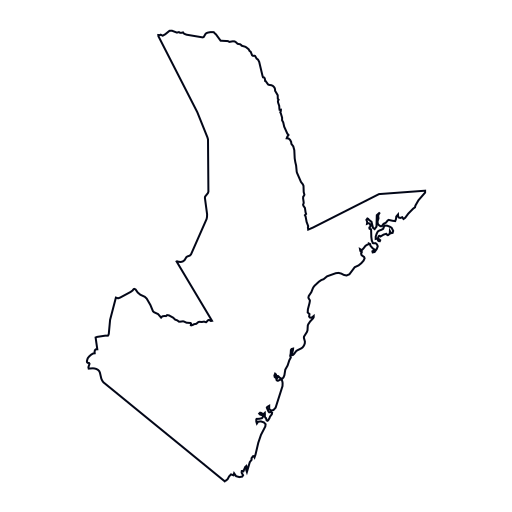 an SVG outline of Coast
{"feature_id": "KEN-1193", "entity_name": "Coast", "entity_type": "Province", "adm_level": 1, "iso_a3": "KEN", "parent_name": "Kenya", "parent_adm1": "", "projection": "robinson", "projection_center": [39.627, -2.351], "detail": "fine", "context": "isolated", "style": "outline", "palette": "ink", "viewbox_px": 512, "rotation_deg": 0, "n_neighbors": 0, "source": "natural_earth", "source_scale": "10m", "svg_char_len": 6037}
<svg xmlns="http://www.w3.org/2000/svg" viewBox="0 0 512 512"><path d="M425.1,190.7L425.1,192.6L418.5,200.2L415.4,205.6L415.0,207.3L413.2,208.6L408.3,213.6L405.2,217.8L403.5,219.0L402.2,217.2L400.6,217.9L399.1,217.7L398.1,216.6L398.0,214.5L396.3,216.5L396.0,218.9L395.2,221.1L392.7,220.8L388.6,219.9L387.6,220.6L385.9,222.7L383.6,223.8L381.8,226.2L380.4,226.2L378.5,224.8L377.9,223.9L377.6,222.5L377.6,221.1L378.5,218.4L378.2,215.9L378.5,214.7L379.8,212.5L376.8,215.2L376.5,226.6L374.6,229.1L373.0,227.8L371.5,221.8L369.0,219.9L368.2,218.9L367.4,218.5L366.4,219.9L367.0,221.3L367.2,222.6L367.0,223.8L368.4,223.2L369.5,223.5L370.2,224.6L370.5,226.2L370.3,226.8L369.5,227.3L369.3,227.9L369.6,228.8L370.9,229.2L371.1,229.8L371.3,236.9L371.8,240.6L372.9,243.1L373.6,243.3L375.6,243.2L376.7,244.1L377.5,245.5L377.7,246.5L376.7,249.1L374.6,252.0L372.7,252.4L372.4,251.3L375.2,249.7L373.7,249.1L372.6,248.2L370.5,245.8L370.2,245.0L370.2,244.1L369.3,243.7L369.4,244.0L367.6,244.5L365.5,245.8L363.5,248.4L361.8,250.2L360.0,249.1L360.3,250.8L360.7,251.5L361.8,252.1L361.1,253.7L361.6,255.2L364.1,257.0L364.6,258.3L363.6,260.6L361.3,263.2L358.6,265.4L354.7,267.2L349.4,274.3L346.5,275.5L343.8,274.9L341.3,273.6L338.6,272.9L335.8,273.2L327.1,276.3L323.6,279.2L321.4,280.0L318.9,281.7L314.7,285.6L313.7,286.8L312.9,288.2L311.3,292.2L308.8,295.9L308.4,297.5L308.6,298.3L309.8,300.2L309.9,300.8L309.5,303.1L307.9,309.3L307.7,312.5L309.5,314.1L309.1,316.6L310.1,317.7L311.9,317.5L313.7,316.0L313.7,317.1L313.1,318.3L310.1,321.5L308.3,324.2L307.8,325.4L307.5,330.3L306.9,332.0L304.0,336.6L303.9,337.9L304.9,341.5L304.8,343.3L304.3,344.8L303.6,346.1L302.6,347.4L301.4,348.3L297.2,350.4L296.1,351.2L294.0,354.0L292.9,355.0L291.4,355.3L292.0,353.6L293.0,349.9L293.1,348.6L291.6,349.0L290.9,350.0L290.7,353.5L290.2,355.9L290.8,357.5L289.3,360.3L287.6,365.5L285.3,369.6L284.4,375.2L283.5,377.4L282.4,378.6L281.6,378.7L279.8,377.8L278.2,376.1L275.6,375.8L276.0,374.5L275.1,373.7L274.4,375.5L274.7,377.0L275.7,377.8L277.4,377.8L276.4,379.2L276.7,380.3L277.9,380.8L280.9,379.4L281.9,380.2L282.4,381.7L282.6,383.1L282.5,386.1L275.6,407.7L273.4,410.1L270.9,410.5L269.2,409.0L269.2,405.8L267.3,406.9L266.8,407.7L268.4,411.4L269.2,412.3L271.1,412.1L272.1,412.7L271.8,414.3L270.0,416.6L269.5,418.1L268.1,420.4L267.4,420.8L266.6,420.3L266.0,418.1L265.3,417.6L264.8,416.4L264.9,414.2L264.8,412.9L263.3,414.3L261.1,412.9L260.1,412.7L259.2,413.6L260.0,414.5L263.3,415.6L262.7,417.3L261.9,418.2L259.2,418.8L256.6,418.9L256.3,419.5L256.3,421.6L256.9,423.5L258.1,421.7L260.9,421.4L263.9,422.4L265.6,424.2L265.3,426.5L261.0,434.8L258.3,442.7L255.5,454.6L254.5,457.4L253.8,456.1L253.0,456.2L251.6,458.1L251.5,458.6L251.6,459.8L249.8,462.1L246.9,472.0L246.3,470.2L246.6,467.4L246.3,466.0L245.2,467.0L243.4,471.3L242.4,470.9L241.8,471.0L241.6,472.3L241.8,473.1L243.1,475.2L242.2,476.6L239.4,477.1L236.1,476.2L234.1,473.3L233.5,475.3L231.0,474.4L229.1,476.4L227.6,479.2L225.9,480.6L225.0,480.9L224.7,481.3L103.4,382.3L102.2,380.6L101.3,378.6L99.9,372.6L99.2,371.1L98.0,369.9L96.4,369.0L94.6,368.5L92.8,368.3L88.7,368.6L88.4,367.2L89.5,363.8L89.0,363.0L87.6,362.8L87.0,362.1L86.9,361.1L87.5,358.9L87.9,358.0L89.2,356.4L91.1,354.7L93.1,353.5L94.7,353.3L94.6,351.6L94.9,350.3L95.7,349.4L97.3,349.3L95.6,337.5L97.1,336.9L105.0,335.7L107.9,335.7L108.5,334.8L108.8,333.7L110.1,319.8L115.9,297.6L118.1,298.3L120.1,297.6L130.5,292.0L132.6,290.5L133.4,289.4L133.9,289.0L134.4,288.9L135.6,289.5L137.7,292.5L140.3,294.7L144.8,296.8L146.7,298.6L150.4,305.0L153.0,311.3L154.0,312.2L158.1,314.1L161.1,317.6L161.8,316.8L162.5,316.3L164.5,316.0L166.0,316.1L167.1,315.1L169.0,315.4L173.2,317.7L175.1,319.6L177.3,320.4L179.0,321.7L180.0,321.7L183.0,321.3L183.9,321.5L186.5,322.7L190.6,323.0L191.1,323.7L190.8,325.2L191.2,325.4L192.9,324.9L194.0,324.2L196.3,323.8L198.3,322.1L199.3,321.8L201.8,322.0L204.1,321.6L205.4,322.1L206.2,322.2L208.0,320.3L208.6,320.0L209.4,320.1L210.9,321.0L212.0,320.8L176.6,261.5L177.0,261.3L178.3,261.7L180.7,262.0L182.7,261.5L184.5,260.2L186.4,257.1L187.5,256.4L189.8,255.6L191.0,254.4L206.6,219.0L207.0,217.0L207.1,214.3L204.9,197.9L205.1,196.6L207.9,193.1L208.4,191.7L208.0,139.4L207.4,137.3L197.3,112.2L158.4,36.2L158.3,35.0L160.0,35.1L160.7,34.7L162.7,35.7L165.2,34.3L169.5,30.8L171.9,30.7L176.9,32.6L178.9,32.1L180.1,32.8L181.5,32.8L183.0,32.4L183.5,33.2L184.5,33.9L186.6,34.7L202.7,37.4L203.7,37.0L205.6,33.8L206.5,33.1L207.9,32.6L210.6,32.1L213.2,32.1L213.9,32.3L214.6,33.2L216.0,34.4L220.6,40.7L227.9,41.1L229.4,41.9L232.7,41.3L234.6,41.4L235.9,42.2L237.6,43.8L240.2,44.3L241.4,45.2L241.6,45.7L245.1,46.7L246.2,47.3L248.7,49.3L249.5,50.9L250.7,51.8L252.1,55.3L253.1,55.9L254.3,55.7L255.1,56.0L256.6,58.6L258.0,59.6L259.2,61.9L262.5,75.8L263.0,77.3L264.1,77.5L264.7,78.3L265.0,79.5L265.1,80.9L265.6,81.0L268.1,84.5L269.1,84.9L271.3,85.2L272.7,85.8L273.7,86.7L274.5,87.7L275.0,89.1L275.1,90.8L277.7,95.2L277.8,98.8L278.6,99.7L277.9,101.1L278.1,102.6L279.2,105.8L279.4,108.8L279.6,109.8L280.9,109.7L280.8,111.1L280.3,112.4L280.8,113.3L282.1,117.7L282.1,120.3L283.2,122.3L284.2,126.7L287.3,133.6L288.5,135.0L287.4,136.5L286.7,138.3L288.6,138.5L290.1,139.9L291.1,141.8L291.4,143.9L293.3,146.4L294.3,150.2L294.7,158.4L295.3,162.1L296.1,165.5L296.7,171.7L297.0,172.8L301.0,182.0L302.9,184.4L303.5,185.9L303.7,192.1L304.4,194.7L304.1,195.5L303.2,196.7L303.1,198.3L303.7,202.6L303.6,203.4L303.1,204.5L303.2,205.2L303.6,206.1L304.9,207.9L305.6,212.5L306.1,213.9L304.9,215.2L305.6,216.5L306.6,221.9L308.2,226.2L307.9,227.2L308.2,229.6L312.9,227.6L379.0,194.1L425.1,190.7ZM383.9,226.8L384.9,225.6L387.2,225.7L389.8,226.7L391.6,227.8L393.2,230.9L392.6,232.9L391.0,233.2L389.9,231.1L389.8,233.3L389.5,234.1L388.7,234.5L388.3,235.0L387.8,235.2L387.2,234.9L386.3,233.8L383.6,234.6L380.5,236.5L379.7,235.8L378.9,236.0L378.4,236.8L378.1,238.1L378.6,238.9L380.2,240.2L379.8,241.2L378.8,241.1L378.1,240.6L377.7,239.6L377.6,238.4L375.7,238.9L375.7,236.7L376.7,233.6L377.8,231.5L379.4,230.5L381.4,229.8L383.2,228.8L383.9,226.8Z" fill="none" stroke="#020617" stroke-width="2"/></svg>